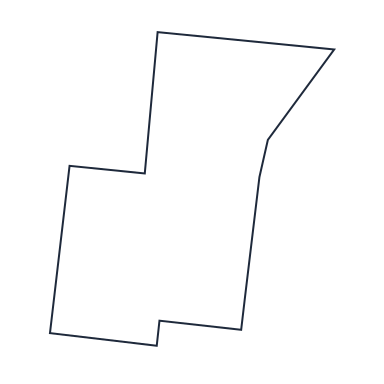 Kerr, Texas, United States of America, rotated 276°
{"feature_id": "52423323B33444382210707", "entity_name": "Kerr", "entity_type": "district", "adm_level": 2, "iso_a3": "USA", "parent_name": "United States of America", "parent_adm1": "Texas", "projection": "equal_earth", "projection_center": [-99.429, 30.036], "detail": "fine", "context": "isolated", "style": "outline", "palette": "slate", "viewbox_px": 384, "rotation_deg": 276, "n_neighbors": 0, "source": "geoboundaries", "source_scale": "gbopen_adm2", "svg_char_len": 301}
<svg xmlns="http://www.w3.org/2000/svg" viewBox="0 0 384 384"><g transform="rotate(276 192 192)"><path d="M36.8,65.5L35.4,173.0L60.6,173.1L60.1,255.3L93.1,255.7L213.9,257.5L251.8,262.0L348.6,318.5L347.4,141.1L205.5,143.1L205.2,67.5L36.8,65.5Z" fill="none" stroke="#1e293b" stroke-width="2"/></g></svg>